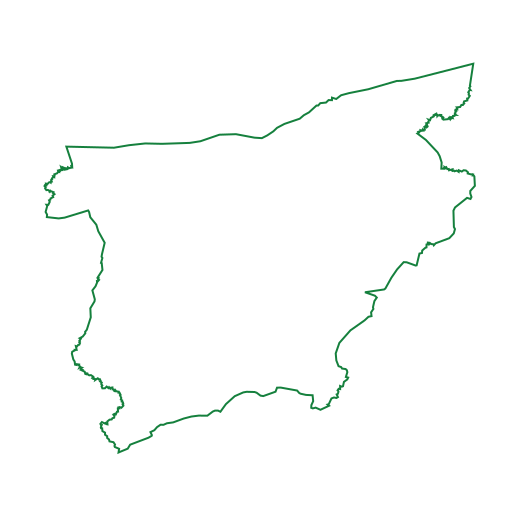 Suwannakhuha, Nong Bua Lam Phu, Thailand (Natural Earth projection), rotated 273°
{"feature_id": "78962969B89578186205363", "entity_name": "Suwannakhuha", "entity_type": "district", "adm_level": 2, "iso_a3": "THA", "parent_name": "Thailand", "parent_adm1": "Nong Bua Lam Phu", "projection": "natural_earth1", "projection_center": [102.211, 17.551], "detail": "fine", "context": "isolated", "style": "outline", "palette": "green", "viewbox_px": 512, "rotation_deg": 273, "n_neighbors": 0, "source": "geoboundaries", "source_scale": "gbopen_adm2", "svg_char_len": 5965}
<svg xmlns="http://www.w3.org/2000/svg" viewBox="0 0 512 512"><g transform="rotate(273 256 256)"><path d="M356.7,108.5L355.3,60.9L338.6,67.4L335.2,67.8L335.6,67.0L334.6,67.3L334.0,64.9L334.6,63.7L333.6,63.8L333.7,61.8L332.7,62.4L332.1,60.1L332.3,59.3L333.0,60.4L333.9,60.0L334.2,59.2L333.5,59.6L333.5,58.0L334.4,56.8L331.7,57.7L331.7,56.0L330.7,55.8L331.7,55.7L331.2,54.3L330.5,55.2L330.3,54.3L329.5,54.8L329.5,53.8L328.2,53.1L327.0,50.3L326.3,50.5L326.1,49.7L325.9,50.6L324.9,50.5L325.0,49.4L324.0,50.0L324.0,49.0L322.6,48.1L322.0,48.4L321.1,47.4L319.7,48.1L319.6,47.4L318.5,47.2L319.0,46.5L318.6,45.3L316.6,43.7L317.2,43.5L317.3,42.4L315.5,42.7L315.7,41.5L314.8,41.1L313.3,42.4L312.4,41.9L310.8,43.2L311.1,44.6L310.5,46.0L309.7,46.3L310.2,46.9L309.6,47.1L310.1,47.5L309.1,50.5L308.2,50.0L307.2,51.5L305.6,49.7L304.2,50.4L302.7,47.8L301.5,47.7L300.8,46.4L299.3,47.2L296.2,45.9L296.2,44.1L295.1,44.9L289.0,43.6L286.4,45.2L283.9,45.1L283.2,57.0L284.3,62.9L292.7,86.0L291.2,87.0L286.0,88.5L278.9,94.9L272.5,97.2L261.3,104.2L249.8,102.1L247.2,101.8L246.0,102.7L241.0,101.6L240.8,102.3L234.0,103.4L225.9,98.8L225.2,99.1L225.4,99.9L224.4,99.7L223.9,100.5L222.5,99.4L222.6,98.5L221.2,98.7L217.3,97.3L213.1,94.4L204.3,97.3L202.2,97.1L195.1,93.3L186.1,94.2L173.5,90.9L171.3,89.3L169.9,89.6L166.5,87.2L164.7,84.3L164.2,85.4L162.2,84.1L161.7,84.6L160.7,84.0L159.9,84.8L158.2,84.2L157.9,83.1L156.3,81.9L156.6,80.8L152.9,81.8L152.8,79.8L152.2,79.9L150.8,77.5L148.9,77.2L143.1,79.0L141.2,80.4L138.0,81.0L137.8,82.5L138.6,82.3L138.4,85.1L137.4,85.0L136.4,86.1L135.3,85.6L135.8,86.5L135.5,87.5L135.2,86.8L134.3,87.1L133.5,88.4L133.0,87.3L131.5,91.0L129.3,91.7L129.1,92.5L130.0,92.6L129.9,93.8L129.0,94.1L128.1,95.7L128.4,97.4L127.1,99.6L125.8,99.0L125.9,100.2L124.7,100.1L124.7,102.2L123.8,102.0L125.6,104.4L124.4,105.6L124.8,106.5L123.2,107.4L122.6,106.9L121.5,108.6L120.1,108.1L118.7,109.3L117.8,108.6L115.8,109.5L116.0,112.1L117.8,113.7L116.4,115.5L117.3,116.1L115.9,117.4L116.9,118.0L117.2,119.5L115.3,119.7L115.3,120.8L113.7,121.6L113.6,122.3L114.6,122.6L113.6,123.5L113.3,126.0L112.3,125.9L112.3,126.9L110.3,128.0L109.9,127.4L107.2,128.9L105.6,128.5L104.8,129.9L103.6,129.5L103.1,130.7L101.5,131.2L101.0,130.5L99.6,131.4L97.4,129.5L98.0,127.8L97.6,126.6L96.6,127.2L96.4,126.0L93.4,126.4L93.2,125.3L90.7,124.4L91.2,123.6L90.7,122.6L90.1,123.1L89.8,122.1L88.9,123.0L87.1,122.8L86.5,121.1L85.2,120.4L84.9,118.3L82.9,116.1L80.1,116.5L80.3,115.2L81.4,114.4L80.9,113.6L82.1,110.8L80.2,109.4L78.9,110.1L79.0,110.7L76.7,110.0L75.9,110.3L75.9,111.4L73.1,111.8L71.7,114.5L69.6,114.6L68.3,116.8L66.5,116.9L65.1,118.8L63.2,119.4L62.6,123.4L60.3,125.1L58.9,124.6L57.9,125.0L56.3,129.4L52.6,129.0L56.9,138.0L61.0,140.2L68.9,158.1L70.9,161.2L71.7,161.4L74.6,159.8L76.7,163.6L79.9,166.1L82.5,169.5L82.6,172.5L84.3,175.8L85.5,182.0L89.9,192.3L92.3,199.9L93.6,207.1L94.0,215.8L98.4,221.0L99.5,223.2L99.6,226.2L98.6,228.6L106.5,233.7L114.9,242.1L119.1,250.4L119.9,253.8L120.1,261.7L119.5,263.8L116.8,267.8L116.5,270.6L121.5,282.6L125.6,283.9L125.9,287.5L123.8,304.1L121.4,306.4L120.8,307.8L119.9,313.2L119.9,319.8L114.0,320.7L110.0,319.1L107.3,319.1L106.8,320.7L107.7,323.5L105.8,328.4L110.3,336.8L111.4,335.3L111.8,336.4L117.7,338.8L118.8,341.3L118.4,343.7L119.4,345.2L122.0,343.8L122.6,344.9L124.1,345.3L125.2,345.4L126.1,344.5L127.7,345.5L127.5,347.0L130.6,346.8L130.0,348.6L130.5,349.7L134.9,350.4L137.5,353.6L139.4,354.4L139.9,352.1L144.8,353.3L146.7,352.7L147.8,351.4L148.1,347.8L149.5,346.9L150.3,344.2L155.9,341.7L162.9,340.7L173.6,343.8L186.7,354.2L197.4,367.8L201.2,371.5L202.0,374.5L205.8,373.9L209.3,376.0L210.9,375.5L217.2,376.6L220.8,378.8L222.6,376.8L225.5,366.7L229.3,385.7L230.3,386.9L241.5,392.4L250.0,397.6L257.6,403.8L257.6,406.8L254.8,416.0L255.1,416.9L267.0,419.1L267.7,421.6L270.2,421.7L273.1,424.7L273.5,425.8L276.4,425.7L276.7,426.8L278.4,426.9L278.3,428.3L276.9,428.5L277.8,429.4L277.1,430.4L277.0,432.5L276.0,433.0L278.1,434.7L283.9,448.1L288.9,452.3L293.3,453.3L295.3,452.1L311.6,450.8L314.9,452.2L325.1,463.7L324.2,467.2L326.2,468.1L329.6,466.7L332.2,466.6L337.5,470.9L346.9,469.9L348.1,468.9L347.9,468.3L348.6,468.4L348.3,467.3L349.2,468.3L348.7,466.6L349.5,463.1L350.7,463.3L352.4,461.1L352.5,458.8L351.1,457.1L352.2,454.1L350.6,454.0L351.8,452.0L351.0,449.8L351.6,449.2L351.2,447.8L351.9,446.8L352.3,447.8L352.9,447.8L351.7,444.3L353.0,444.0L352.8,442.5L354.7,441.3L354.3,440.7L354.6,440.0L353.4,440.6L353.0,439.5L353.7,439.0L353.0,438.6L352.9,436.5L359.1,436.5L365.3,434.2L368.9,432.0L380.8,419.6L386.8,410.7L387.8,412.2L388.5,411.6L389.4,413.9L390.2,413.7L389.8,415.1L390.7,415.6L390.0,415.8L390.0,416.8L390.7,416.7L391.0,418.0L393.7,417.4L393.9,418.9L393.3,419.6L394.3,420.6L396.0,419.9L395.7,419.0L396.8,419.7L397.5,419.1L398.2,421.4L399.1,421.0L400.5,421.8L401.1,421.3L400.7,422.7L403.1,423.4L404.6,426.1L405.3,426.5L405.2,425.9L405.9,425.9L407.3,428.2L406.3,428.1L406.6,429.5L405.4,429.7L406.2,430.2L405.8,431.4L406.5,431.9L406.5,433.6L405.3,433.5L405.0,434.4L403.7,434.7L404.4,435.5L404.1,435.9L402.7,435.2L402.0,436.0L402.7,440.5L403.9,441.3L402.8,442.5L404.3,442.6L403.4,443.6L404.1,444.2L404.0,445.0L404.9,444.4L404.9,445.2L406.2,445.4L406.3,446.9L407.4,447.1L407.4,448.2L408.1,447.1L409.0,447.1L409.5,447.8L411.6,447.4L411.5,448.3L412.6,448.0L412.8,449.3L413.8,448.9L414.5,449.6L415.0,449.0L415.5,452.1L417.6,453.2L417.6,454.7L419.2,455.9L419.6,455.3L421.3,455.7L422.4,458.9L424.2,458.6L424.3,459.5L427.1,461.1L428.2,459.9L429.8,460.1L430.6,459.4L433.1,460.8L433.0,461.5L434.9,460.1L436.7,461.2L437.3,460.7L459.4,462.9L441.4,405.3L438.5,391.9L438.2,387.5L428.4,359.4L423.5,340.3L421.0,332.6L417.0,327.9L418.1,323.6L415.6,323.7L415.5,320.3L412.9,317.9L412.0,312.2L409.5,310.2L409.4,308.5L402.2,301.4L399.1,296.4L395.4,292.5L389.4,277.5L385.1,270.3L381.4,266.8L377.0,260.9L374.0,255.7L374.1,248.3L376.6,229.6L375.2,213.1L367.7,194.5L365.5,184.0L363.1,156.2L362.6,139.5L360.0,123.4L356.7,108.5Z" fill="none" stroke="#15803d" stroke-width="2"/></g></svg>